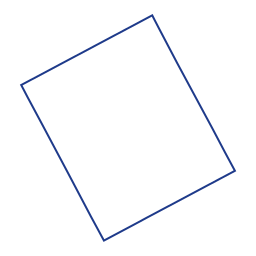 the district of Ngaanyatjarraku, Western Australia, Australia, rotated 62°
{"feature_id": "25037944B86885707589826", "entity_name": "Ngaanyatjarraku", "entity_type": "district", "adm_level": 2, "iso_a3": "AUS", "parent_name": "Australia", "parent_adm1": "Western Australia", "projection": "mercator", "projection_center": [128.838, -25.094], "detail": "fine", "context": "isolated", "style": "outline", "palette": "blue", "viewbox_px": 256, "rotation_deg": 62, "n_neighbors": 0, "source": "geoboundaries", "source_scale": "gbopen_adm2", "svg_char_len": 1800}
<svg xmlns="http://www.w3.org/2000/svg" viewBox="0 0 256 256"><g transform="rotate(62 128 128)"><path d="M216.1,168.3L216.0,153.0L216.0,84.7L216.0,70.7L216.0,53.7L195.0,53.8L167.9,53.7L94.1,54.1L73.3,54.0L55.0,53.9L44.7,53.8L39.9,53.7L39.9,97.1L39.9,141.9L39.9,202.1L53.8,202.2L84.2,202.1L112.5,202.1L140.8,202.1L188.7,202.3L199.8,202.2L216.1,202.1L216.1,201.1L216.1,200.9L216.1,200.7L216.1,200.3L216.1,200.2L216.1,199.9L216.1,199.7L216.1,199.3L216.1,199.1L216.1,198.9L216.1,198.6L216.1,198.4L216.1,198.2L216.1,197.8L216.1,197.6L216.1,197.4L216.1,197.2L216.1,196.8L216.1,196.6L216.1,196.2L216.1,195.8L216.1,195.6L216.1,195.4L216.1,195.2L216.1,192.9L216.1,192.7L216.1,192.3L216.1,192.1L216.1,191.9L216.1,191.7L216.1,191.3L216.1,191.1L216.1,190.9L216.1,190.7L216.1,190.3L216.1,190.1L216.1,189.9L216.1,189.7L216.1,189.4L216.1,189.2L216.1,188.8L216.1,188.6L216.1,188.4L216.1,188.2L216.1,187.8L216.1,187.6L216.1,187.4L216.1,187.2L216.1,186.0L216.1,185.8L216.1,185.6L216.1,185.4L216.1,185.2L216.1,184.8L216.1,184.6L216.1,184.3L216.1,184.1L216.1,183.8L216.1,183.7L216.1,183.3L216.1,183.1L216.1,182.9L216.1,182.7L216.1,182.3L216.1,182.1L216.1,181.9L216.1,181.7L216.1,181.4L216.1,181.1L216.1,180.9L216.1,180.7L216.1,180.3L216.1,180.1L216.1,179.9L216.1,179.7L216.1,179.2L216.1,178.8L216.1,178.6L216.1,178.4L216.1,178.2L216.1,177.8L216.1,177.6L216.1,177.4L216.1,176.3L216.1,176.2L216.1,175.9L216.1,175.7L216.1,175.4L216.1,175.2L216.1,174.8L216.1,174.6L216.1,174.4L216.1,174.2L216.1,173.7L216.1,173.3L216.1,173.2L216.1,172.8L216.1,172.7L216.1,172.3L216.1,172.1L216.1,171.9L216.1,171.7L216.1,171.3L216.1,171.1L216.1,170.9L216.1,170.7L216.1,170.3L216.1,170.1L216.1,169.9L216.1,169.7L216.1,169.3L216.1,169.1L216.1,168.9L216.1,168.7L216.1,168.3L216.1,168.3Z" fill="none" stroke="#1e3a8a" stroke-width="2"/></g></svg>